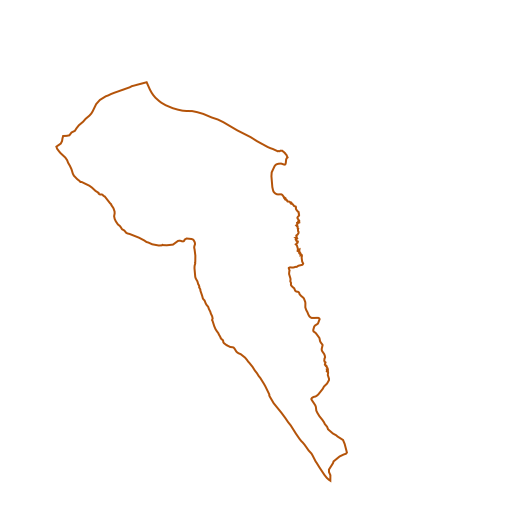 the district of Nan, Louangphrabang, Laos, rotated 320°
{"feature_id": "54806243B77151952253527", "entity_name": "Nan", "entity_type": "district", "adm_level": 2, "iso_a3": "LAO", "parent_name": "Laos", "parent_adm1": "Louangphrabang", "projection": "equal_earth", "projection_center": [101.94, 19.329], "detail": "fine", "context": "isolated", "style": "outline", "palette": "amber", "viewbox_px": 512, "rotation_deg": 320, "n_neighbors": 0, "source": "geoboundaries", "source_scale": "gbopen_adm2", "svg_char_len": 6112}
<svg xmlns="http://www.w3.org/2000/svg" viewBox="0 0 512 512"><g transform="rotate(320 256 256)"><path d="M343.5,200.8L344.3,198.1L344.2,196.6L344.4,196.0L344.2,195.6L344.2,194.5L343.8,192.8L343.8,192.3L342.5,191.1L341.4,190.9L340.6,190.0L340.0,189.8L337.7,184.9L336.3,182.6L335.0,180.0L330.5,168.5L328.3,161.5L322.4,147.7L317.0,132.5L314.5,126.9L311.1,121.4L306.9,113.2L303.4,108.0L300.2,103.9L295.8,100.1L293.0,97.3L290.1,93.5L287.2,89.2L283.7,82.4L282.0,77.7L281.4,75.0L280.7,70.1L280.7,66.8L281.0,63.8L281.7,60.3L283.9,52.6L270.1,46.1L267.7,45.6L252.2,39.8L248.9,38.7L246.0,38.0L243.6,37.1L236.7,36.1L231.2,36.9L223.8,40.2L221.4,41.0L218.6,41.4L213.6,41.4L209.9,42.0L204.3,42.0L200.5,42.8L197.7,43.7L194.1,42.8L190.6,43.6L188.1,42.2L185.4,40.1L183.5,41.4L181.3,43.3L178.7,44.4L173.4,43.9L172.6,45.9L172.4,49.2L172.4,51.5L173.2,58.0L172.9,61.2L172.0,63.8L171.4,67.3L170.4,71.0L168.6,75.2L168.1,77.5L168.2,78.6L168.4,81.8L168.7,83.5L169.1,85.1L169.0,85.6L169.1,86.5L170.0,87.2L173.5,95.0L174.3,98.1L174.9,103.0L176.0,106.4L175.6,106.8L175.6,107.3L175.8,108.1L176.2,108.8L177.2,109.5L177.8,110.4L177.8,111.5L178.1,112.7L178.4,113.2L178.1,122.1L178.3,123.0L178.2,123.6L177.9,124.0L177.6,127.2L177.4,128.1L176.2,131.1L175.0,132.6L172.9,134.3L171.6,136.7L170.9,139.3L170.5,143.1L171.0,145.4L170.9,147.4L170.6,149.1L170.7,149.8L171.3,151.1L171.5,152.1L171.5,155.0L172.3,156.5L173.3,157.8L178.1,166.7L180.4,172.3L181.1,174.9L182.2,176.5L184.0,180.3L188.3,185.5L190.7,187.3L191.5,187.3L191.9,188.0L194.5,190.4L199.7,193.9L205.9,194.3L207.4,195.2L208.2,196.2L208.7,197.1L209.3,197.7L209.9,198.1L210.5,198.2L212.0,197.6L214.1,198.0L217.6,201.6L218.3,202.9L218.4,203.8L218.0,205.8L217.5,206.9L216.8,207.8L215.0,208.9L214.0,209.9L213.1,211.6L209.8,216.7L205.6,221.6L205.2,221.7L204.7,222.6L202.6,224.1L201.1,225.7L196.0,233.0L195.4,234.5L194.8,237.8L193.5,240.7L193.6,241.0L193.4,241.8L192.8,243.2L192.3,243.5L191.9,245.7L191.1,246.9L189.2,251.8L188.0,254.4L187.9,255.2L188.0,257.0L187.0,260.0L186.7,261.6L186.7,264.2L185.9,266.2L185.2,269.2L184.4,271.1L183.7,273.9L182.6,276.0L181.2,276.8L181.1,277.1L181.0,277.8L178.9,282.9L178.0,285.9L177.7,288.1L177.5,291.1L177.1,292.2L176.7,294.8L176.2,296.1L176.3,296.7L176.1,297.0L176.5,299.3L176.3,299.5L176.2,300.1L175.6,300.9L175.4,302.0L176.1,305.3L176.4,305.6L176.4,306.1L177.0,307.3L177.7,309.0L179.7,311.2L180.0,311.9L180.0,313.3L179.5,316.6L179.7,318.0L180.1,319.3L181.2,321.4L182.3,326.8L182.3,329.7L182.1,331.9L182.2,333.3L182.1,338.7L181.5,342.9L181.4,346.4L180.9,349.8L180.9,352.1L179.9,359.1L179.4,361.8L177.2,370.6L176.5,371.4L176.2,372.5L174.9,380.1L174.7,392.4L174.3,399.0L173.8,403.9L173.7,408.1L172.4,417.6L171.8,423.9L171.7,427.0L171.9,428.7L171.9,431.8L171.3,438.8L171.5,443.0L171.1,445.3L169.6,451.8L169.5,453.3L168.7,458.8L167.7,467.6L167.6,471.4L168.0,474.2L168.5,475.9L172.1,471.7L173.0,468.5L174.6,466.5L181.8,464.2L183.4,463.2L191.2,463.3L195.5,464.4L197.8,465.3L199.3,465.0L203.1,457.0L204.4,452.9L202.4,446.6L202.2,445.0L200.8,441.4L199.8,435.1L200.7,432.5L200.7,428.9L201.2,427.1L201.5,424.2L201.6,419.5L202.2,415.6L202.8,413.2L204.8,410.2L205.4,408.6L205.7,406.3L206.1,402.4L206.3,401.4L206.6,401.0L207.6,400.7L208.6,400.8L209.8,401.1L211.1,401.8L212.4,402.1L214.7,402.1L221.6,400.7L224.2,399.7L228.4,399.4L232.1,398.0L233.0,397.0L234.5,393.3L236.2,391.8L236.8,390.8L236.1,390.1L236.1,389.8L236.6,389.6L236.9,389.1L237.2,389.8L237.4,389.5L237.9,389.5L238.6,388.2L238.7,387.8L238.5,387.5L238.5,387.1L239.2,386.1L239.3,385.6L238.8,385.1L239.2,384.2L238.9,384.0L238.9,383.5L240.1,382.6L240.8,382.3L240.9,382.1L240.6,381.1L241.0,380.1L242.6,378.5L243.3,378.3L243.9,377.9L244.7,376.4L245.2,374.9L245.5,371.5L245.8,370.5L246.5,369.5L249.7,367.1L249.9,366.7L250.0,363.9L250.3,362.5L251.8,359.7L251.9,359.0L252.2,354.4L252.2,353.1L251.6,350.9L251.8,350.1L252.5,349.3L255.2,347.5L256.4,347.2L259.7,347.6L260.4,347.4L264.1,345.3L264.3,344.8L264.3,344.2L263.9,343.4L258.8,339.2L258.3,338.0L258.1,336.6L258.3,335.3L258.7,333.7L259.2,332.4L259.7,329.9L260.1,328.7L260.8,327.0L263.5,323.9L264.2,322.8L265.4,319.3L265.4,318.3L264.9,315.6L264.8,313.4L265.4,311.9L265.4,311.1L265.2,310.5L264.0,309.1L263.7,307.8L264.5,305.3L264.2,303.9L264.0,302.0L264.1,300.8L264.4,300.3L265.5,299.2L266.1,297.3L267.1,296.5L267.9,295.4L269.8,291.0L271.7,289.1L272.3,288.8L273.2,286.5L273.5,286.2L274.8,286.6L276.4,288.2L277.5,289.0L279.3,289.7L280.2,290.5L282.2,290.7L285.8,292.5L286.4,292.5L287.3,292.1L287.8,289.9L289.9,286.6L291.2,285.5L291.0,285.0L291.7,284.5L291.6,284.0L290.7,283.9L291.6,282.9L291.7,282.6L291.0,282.5L290.9,282.0L291.0,281.4L291.4,281.0L291.9,280.9L292.2,280.6L292.2,280.1L293.5,278.9L292.7,278.7L292.3,279.2L291.3,279.3L291.1,278.9L291.7,278.3L292.4,278.1L292.6,277.4L292.9,277.0L294.1,274.2L294.0,272.7L294.5,272.8L295.5,272.4L296.2,272.6L296.5,272.5L296.9,271.9L297.3,271.9L297.4,271.7L296.9,270.9L296.7,270.2L297.1,269.7L297.0,269.3L297.5,268.9L298.4,269.0L298.3,268.7L297.9,268.4L298.4,268.2L298.2,267.6L299.1,268.0L299.3,267.3L299.8,267.0L300.1,266.2L301.6,266.3L303.4,265.7L304.1,264.9L304.2,264.0L305.2,262.6L305.9,262.2L305.8,261.4L306.9,260.1L307.0,259.7L306.5,259.3L306.5,258.5L307.3,258.7L307.8,258.5L308.8,257.0L309.5,257.3L309.8,257.9L310.5,258.1L310.5,257.2L311.4,257.2L311.5,257.0L311.2,256.5L311.8,256.4L311.7,255.6L311.9,255.3L312.0,253.9L312.3,253.3L313.2,252.9L315.0,252.7L315.5,252.1L315.8,251.2L316.4,250.8L316.5,250.1L316.9,249.6L316.6,248.4L316.7,246.2L316.9,245.5L317.9,244.4L318.2,243.7L317.3,242.2L317.4,240.3L317.3,239.6L316.4,238.3L316.4,238.0L316.7,237.9L317.3,237.9L317.3,237.5L316.7,236.9L316.6,236.2L316.3,235.6L315.2,234.5L315.2,234.1L315.5,233.5L315.5,232.6L315.3,232.1L315.1,231.9L315.0,232.1L314.7,231.6L314.8,230.8L315.4,230.8L315.7,230.7L315.6,230.1L314.9,229.3L315.1,228.8L315.3,228.7L315.4,226.0L315.0,225.0L312.4,222.9L311.6,222.0L311.0,220.6L310.8,219.3L310.8,217.9L311.5,216.2L312.8,213.7L319.1,204.8L321.8,202.0L328.0,199.1L329.7,198.8L331.1,199.1L332.9,200.0L334.7,201.4L336.4,204.2L337.0,204.6L337.7,204.5L338.7,203.8L341.3,201.3L342.9,200.7L343.5,200.8Z" fill="none" stroke="#b45309" stroke-width="2"/></g></svg>